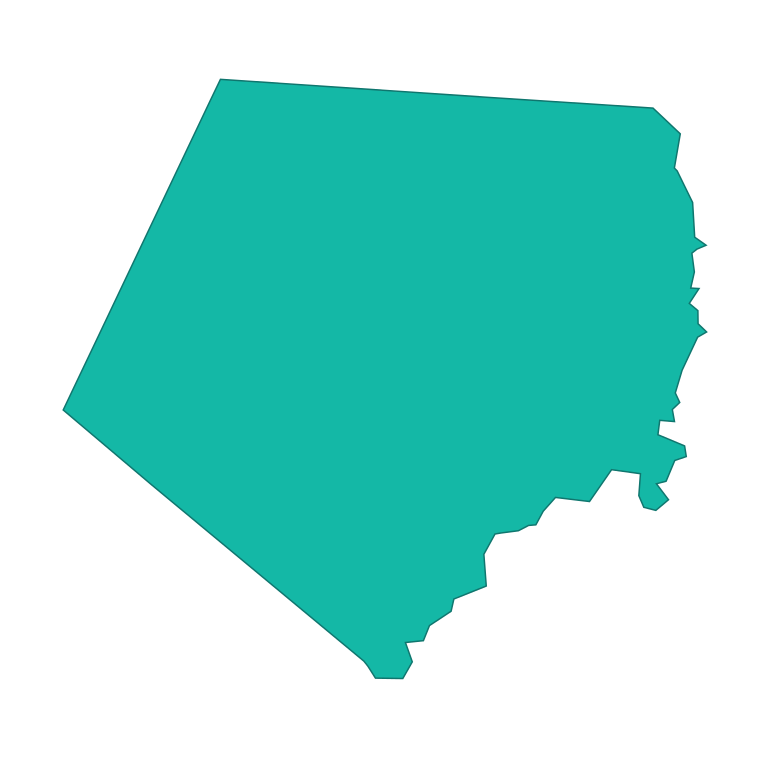 outline of Bexar, Texas, United States of America, rotated 94°
{"feature_id": "52423323B3019751705730", "entity_name": "Bexar", "entity_type": "district", "adm_level": 2, "iso_a3": "USA", "parent_name": "United States of America", "parent_adm1": "Texas", "projection": "mercator", "projection_center": [-98.439, 29.438], "detail": "fine", "context": "isolated", "style": "filled", "palette": "teal", "viewbox_px": 768, "rotation_deg": 94, "n_neighbors": 0, "source": "geoboundaries", "source_scale": "gbopen_adm2", "svg_char_len": 900}
<svg xmlns="http://www.w3.org/2000/svg" viewBox="0 0 768 768"><g transform="rotate(94 384 384)"><path d="M113.8,105.9L90.0,134.9L90.8,300.6L91.5,568.4L112.9,576.9L366.4,676.3L403.0,690.7L432.3,702.2L501.0,608.5L661.9,384.7L666.6,380.4L678.0,372.0L676.5,344.7L659.2,336.4L640.4,344.6L637.3,326.8L621.8,321.8L606.0,301.2L593.6,299.3L578.4,267.9L546.9,272.5L525.9,262.8L524.5,257.1L521.0,239.7L515.0,229.9L513.9,222.7L499.8,216.3L485.2,205.0L486.9,170.8L453.6,151.0L455.6,121.9L477.6,122.0L488.9,116.2L491.1,104.0L479.6,92.1L464.5,105.3L461.3,95.8L440.0,88.6L435.3,77.4L424.8,79.8L415.5,107.2L401.0,106.4L401.2,91.6L389.3,94.6L381.8,87.7L372.6,92.8L349.5,87.6L315.4,74.4L309.6,65.8L302.0,74.9L288.9,76.0L282.3,85.1L266.8,76.4L266.9,84.7L250.6,82.2L232.0,86.0L227.6,81.2L223.1,72.4L215.9,84.3L181.4,88.8L151.0,106.4L148.3,109.4L113.8,105.9Z" fill="#14b8a6" stroke="#0f766e" stroke-width="1.5"/></g></svg>